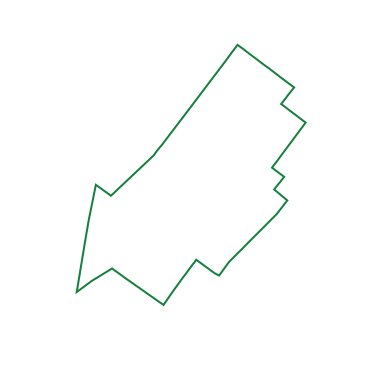 the district of Stefan Cel Mare, Calarasi, Romania, rotated 34°
{"feature_id": "2599482B78620668788752", "entity_name": "Stefan Cel Mare", "entity_type": "district", "adm_level": 2, "iso_a3": "ROU", "parent_name": "Romania", "parent_adm1": "Calarasi", "projection": "albers", "projection_center": [27.635, 44.434], "detail": "fine", "context": "isolated", "style": "outline", "palette": "green", "viewbox_px": 384, "rotation_deg": 34, "n_neighbors": 0, "source": "geoboundaries", "source_scale": "gbopen_adm2", "svg_char_len": 1354}
<svg xmlns="http://www.w3.org/2000/svg" viewBox="0 0 384 384"><g transform="rotate(34 192 192)"><path d="M152.4,339.4L158.6,321.8L168.5,300.1L186.0,300.7L227.3,301.5L229.4,301.5L231.5,301.6L231.6,297.7L231.7,289.0L231.8,282.9L232.0,276.6L232.3,267.9L232.5,265.4L232.7,262.2L232.7,260.4L232.8,257.9L232.9,256.5L233.0,253.6L233.1,250.8L233.3,249.6L233.4,245.8L238.6,246.0L256.3,246.7L261.2,246.1L261.2,245.7L261.8,229.6L261.8,229.3L262.8,223.9L265.5,210.3L267.0,202.1L268.6,193.9L271.2,180.5L273.1,170.5L274.6,162.7L274.8,159.4L275.7,145.7L267.2,144.8L258.7,144.0L259.3,135.9L259.5,134.7L259.7,131.3L259.9,127.9L253.9,127.6L244.8,127.1L244.8,124.7L245.2,119.6L245.5,111.9L246.2,96.6L246.5,89.9L247.1,77.4L247.3,73.3L247.4,70.9L247.0,70.9L242.1,70.6L239.7,70.5L235.0,70.2L229.2,69.9L228.6,69.9L222.9,69.5L216.7,69.2L217.0,65.2L217.4,57.8L217.6,55.7L218.2,48.2L211.3,47.9L199.8,47.3L190.7,46.7L187.4,46.5L183.1,46.4L177.0,46.1L170.2,45.7L159.7,45.2L156.2,44.9L155.9,44.9L155.2,44.9L154.0,44.8L153.6,44.8L151.9,44.7L151.0,44.7L150.1,44.7L148.8,44.6L148.3,44.6L148.2,44.6L147.9,44.6L147.5,44.6L147.4,45.8L147.3,48.8L147.0,53.6L146.9,56.9L146.9,57.1L146.8,58.4L146.7,59.7L146.7,60.0L146.8,60.2L143.4,122.7L140.7,169.9L139.9,177.3L139.8,183.0L126.9,240.4L108.3,239.8L122.2,273.3L133.9,299.1L152.4,339.4Z" fill="none" stroke="#15803d" stroke-width="2"/></g></svg>